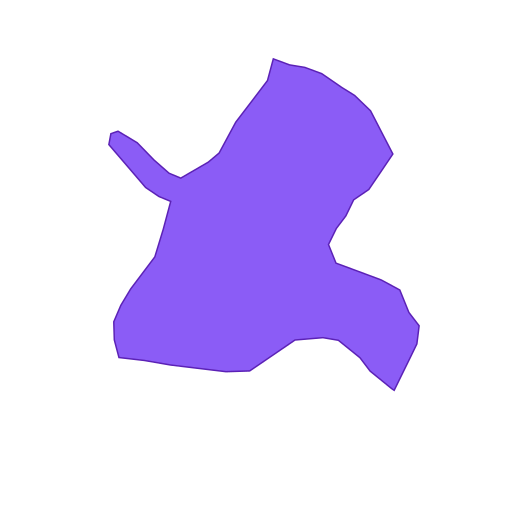 Kanggye City, Chagang-do, North Korea, rotated 248°
{"feature_id": "82179303B59934044847437", "entity_name": "Kanggye City", "entity_type": "district", "adm_level": 2, "iso_a3": "PRK", "parent_name": "North Korea", "parent_adm1": "Chagang-do", "projection": "mercator", "projection_center": [126.593, 40.947], "detail": "fine", "context": "isolated", "style": "filled", "palette": "violet", "viewbox_px": 512, "rotation_deg": 248, "n_neighbors": 0, "source": "geoboundaries", "source_scale": "gbopen_adm2", "svg_char_len": 932}
<svg xmlns="http://www.w3.org/2000/svg" viewBox="0 0 512 512"><g transform="rotate(248 256 256)"><path d="M213.2,90.9L201.0,113.3L186.9,136.0L172.3,162.5L160.0,184.8L151.8,207.1L155.7,225.0L159.6,242.8L163.5,260.7L155.2,287.5L147.0,300.8L122.7,314.3L106.5,318.7L82.2,332.1L79.7,333.8L90.2,345.5L102.2,358.9L114.2,372.2L124.4,377.9L130.2,381.1L146.4,376.6L158.5,376.6L170.6,376.6L186.8,363.2L199.0,349.9L207.2,340.9L219.4,327.5L239.5,327.5L251.5,340.9L259.5,354.3L271.5,367.6L275.4,385.5L287.3,403.3L299.3,421.1L347.7,416.6L367.9,407.6L380.1,398.7L400.4,385.3L412.6,371.9L420.7,358.6L432.3,345.9L414.4,332.4L401.0,309.9L387.7,287.4L365.3,260.4L360.9,246.9L356.4,215.4L365.3,206.4L383.2,197.4L405.5,188.3L423.4,174.8L423.8,167.3L414.4,161.3L387.7,170.3L360.9,179.3L347.5,188.3L338.6,197.4L315.5,180.0L293.1,161.9L272.5,127.6L260.9,112.2L248.3,99.5L231.3,93.2L213.2,90.9Z" fill="#8b5cf6" stroke="#5b21b6" stroke-width="1.5"/></g></svg>